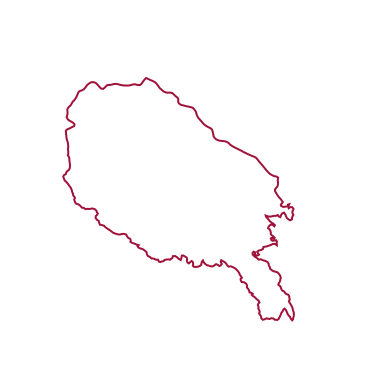 Francisco Dumont, Minas Gerais, Brazil (Equal Earth projection), rotated 118°
{"feature_id": "56859067B1416257735028", "entity_name": "Francisco Dumont", "entity_type": "district", "adm_level": 2, "iso_a3": "BRA", "parent_name": "Brazil", "parent_adm1": "Minas Gerais", "projection": "equal_earth", "projection_center": [-44.252, -17.434], "detail": "fine", "context": "isolated", "style": "outline", "palette": "rose", "viewbox_px": 384, "rotation_deg": 118, "n_neighbors": 0, "source": "geoboundaries", "source_scale": "gbopen_adm2", "svg_char_len": 6046}
<svg xmlns="http://www.w3.org/2000/svg" viewBox="0 0 384 384"><g transform="rotate(118 192 192)"><path d="M169.3,90.9L167.4,91.7L166.1,91.9L164.7,91.7L163.5,93.4L161.9,94.3L160.5,94.2L159.2,94.5L158.4,96.4L159.2,98.1L160.9,99.0L159.5,100.2L160.6,102.1L161.8,103.5L162.4,104.9L162.4,106.8L161.4,107.7L160.1,107.3L158.3,107.1L157.3,109.0L156.6,110.3L156.1,112.0L155.4,113.7L153.3,117.4L152.2,119.1L150.8,119.9L148.8,119.6L147.3,119.2L145.8,119.4L144.5,119.9L143.1,120.7L141.4,121.8L139.0,122.6L138.6,124.3L139.1,125.9L139.5,127.6L139.5,129.2L139.5,130.9L139.3,132.4L137.8,136.8L135.4,142.3L134.2,145.5L133.4,147.6L132.4,149.6L131.7,151.7L131.7,153.8L132.0,155.9L132.1,157.8L132.3,160.0L132.4,162.6L132.5,164.7L132.5,166.6L132.4,168.2L132.6,174.8L132.6,177.7L132.3,180.5L131.6,182.6L131.4,184.3L131.7,186.5L133.1,190.2L133.8,191.8L134.1,193.9L134.1,195.7L133.6,197.6L132.4,199.3L130.8,200.5L128.3,202.7L127.2,204.2L127.0,206.1L127.1,208.0L126.9,211.5L126.6,213.1L126.0,215.1L125.2,216.8L123.9,220.4L123.2,221.9L122.3,223.2L121.4,224.3L119.9,225.6L118.8,227.0L118.0,228.9L117.4,230.5L117.5,232.2L117.9,233.7L118.3,235.4L118.9,237.1L119.2,238.7L120.1,242.1L120.2,243.8L119.8,245.4L118.6,246.8L117.3,247.2L116.1,248.0L115.4,249.7L115.0,251.9L114.5,253.5L113.9,255.7L114.5,258.1L115.7,259.9L116.4,262.2L116.6,264.5L115.9,267.1L115.4,269.3L114.3,271.5L113.2,273.7L112.5,275.8L112.4,278.8L112.7,281.5L112.8,284.3L112.9,286.1L116.5,287.0L118.8,287.2L120.7,287.5L122.0,288.2L123.0,290.2L123.7,293.0L125.0,294.9L126.7,296.6L127.9,298.2L128.8,299.9L129.8,301.9L130.4,303.4L131.0,305.1L131.3,306.8L131.7,308.4L132.3,310.0L133.2,311.5L134.6,313.0L136.0,314.7L136.7,316.1L137.6,317.1L138.8,317.5L140.9,318.1L142.8,318.9L143.3,321.1L142.6,323.2L141.8,325.2L140.9,327.8L141.2,330.6L142.5,332.6L143.9,333.5L145.1,334.1L146.6,334.7L149.7,335.2L152.0,335.7L154.1,337.1L155.7,338.6L157.3,339.1L158.5,339.0L161.2,338.7L163.3,338.7L165.2,338.9L166.7,339.1L168.0,339.7L172.0,339.8L173.5,340.2L174.9,340.7L176.4,341.0L178.0,340.7L180.0,339.3L181.7,338.5L184.8,337.8L186.3,335.5L186.5,333.6L186.6,331.8L186.6,329.8L187.4,327.5L189.1,327.0L191.6,328.8L192.7,329.5L194.2,330.7L195.9,331.9L197.6,332.0L198.7,331.1L200.1,330.4L201.3,329.3L202.7,328.6L203.7,327.6L204.8,326.9L205.8,325.6L207.1,324.5L210.4,322.3L212.0,321.9L213.7,320.7L215.2,319.8L216.4,319.1L217.9,318.9L218.6,317.4L219.8,316.2L222.4,314.6L224.3,313.2L225.9,312.1L227.4,311.5L228.8,311.0L230.7,311.2L232.4,312.1L233.8,312.2L235.4,311.8L237.1,312.9L238.7,313.0L240.1,311.6L241.6,309.8L242.4,306.8L243.3,304.9L245.3,300.8L246.8,299.0L248.2,297.9L249.3,296.3L250.7,295.4L251.4,293.9L252.1,292.6L253.8,292.5L255.0,291.5L255.9,290.5L256.7,289.1L256.3,286.8L256.5,284.5L257.5,281.9L256.8,279.9L257.2,278.1L256.1,276.6L255.0,274.4L253.3,272.2L252.8,269.7L253.4,267.5L254.6,266.5L255.2,265.1L256.7,265.0L258.5,265.7L260.3,264.8L261.2,262.7L261.3,260.8L262.7,259.6L264.1,258.0L263.5,256.1L263.1,253.9L263.8,251.5L264.1,249.3L264.2,247.7L264.5,245.2L265.0,242.6L264.7,240.0L264.1,237.2L263.3,235.5L261.9,234.1L260.8,232.2L260.5,230.1L261.6,228.6L262.4,226.9L262.4,224.6L263.4,223.4L264.9,223.0L265.0,220.9L264.6,218.7L264.5,216.7L264.0,214.2L265.4,214.7L266.2,213.3L266.1,211.2L265.6,208.8L265.8,206.6L266.4,203.9L268.1,202.7L269.2,201.0L269.1,198.4L269.7,196.6L268.8,194.7L268.7,192.1L267.7,190.2L269.0,188.6L268.7,187.0L267.6,186.2L266.6,184.8L264.8,184.3L263.6,182.8L262.6,181.3L262.0,179.4L260.9,179.2L259.5,178.4L257.6,178.7L256.5,177.0L256.6,174.7L257.3,172.2L257.4,170.1L255.5,170.3L253.0,171.1L252.2,170.0L252.2,168.3L252.4,165.9L253.7,164.7L255.1,164.3L256.3,163.0L256.5,161.2L254.4,160.6L253.1,159.9L253.6,158.2L255.1,157.1L256.6,156.7L257.2,155.3L256.2,153.2L255.1,151.6L253.8,150.5L252.1,149.7L250.3,150.2L248.8,150.6L247.3,150.2L248.6,148.6L249.4,146.2L249.6,144.3L249.1,142.5L248.8,140.4L248.0,138.9L246.4,137.8L244.4,136.9L244.2,135.0L244.5,133.1L243.4,132.2L241.6,131.9L240.2,133.9L238.5,134.2L238.5,132.3L238.6,130.3L239.1,128.3L240.3,126.4L240.7,124.6L239.4,122.9L239.1,120.0L239.3,117.4L240.1,114.9L241.2,112.5L242.4,111.2L244.3,107.7L246.0,108.3L247.3,107.3L248.2,105.8L247.3,104.0L247.5,101.1L248.7,99.5L250.5,98.7L251.2,96.8L252.2,95.3L253.7,94.0L253.1,92.2L253.5,90.5L254.8,90.9L255.3,89.2L255.3,87.5L256.1,85.2L256.7,82.2L257.8,80.6L259.3,81.0L260.9,80.8L262.2,79.3L263.7,78.8L264.7,77.3L266.1,75.9L267.8,75.7L268.8,73.5L269.9,72.3L271.0,71.5L271.6,69.5L270.3,68.1L268.6,66.9L267.8,64.0L266.3,62.8L265.5,60.9L265.9,58.8L264.8,56.5L263.4,55.9L261.6,55.9L258.4,56.1L256.8,56.3L255.6,56.1L254.1,56.0L252.7,56.1L251.5,55.5L252.2,53.5L253.3,52.1L254.7,50.4L255.6,48.9L256.2,46.8L257.4,45.5L258.3,43.3L256.9,43.0L255.5,43.6L254.0,43.8L252.7,44.4L251.3,45.1L250.2,46.0L249.1,47.3L247.9,48.2L246.9,49.1L245.9,50.5L244.7,52.4L243.8,54.1L242.9,55.2L241.2,55.1L239.7,56.4L238.5,57.1L237.6,58.7L237.8,61.5L236.6,63.8L236.6,66.3L235.4,68.0L233.9,69.5L233.3,72.3L232.0,72.6L230.7,72.4L229.1,72.5L227.8,73.0L226.3,73.2L224.7,74.6L223.7,76.3L222.8,78.7L223.3,81.2L223.7,83.3L223.5,85.2L223.0,87.2L221.7,88.0L220.8,89.7L219.4,90.7L218.4,92.3L218.4,94.7L218.9,97.2L219.1,99.8L220.4,101.2L219.8,103.8L219.5,106.6L218.8,108.9L217.6,109.9L215.8,109.6L215.6,107.8L217.3,107.4L218.0,105.6L217.1,104.1L215.9,103.4L215.1,105.1L213.9,106.3L212.3,105.6L210.9,103.8L208.9,102.6L206.9,103.1L205.5,101.1L204.1,99.6L202.9,98.6L201.8,97.5L200.0,96.3L198.9,94.6L199.2,92.1L197.6,93.1L195.7,93.9L195.1,95.2L196.1,96.4L197.1,97.6L197.3,99.2L196.0,100.6L195.0,99.8L194.9,97.8L193.7,97.5L193.0,99.5L192.8,101.2L192.1,102.8L190.7,103.4L189.5,104.6L188.5,105.9L188.2,107.9L187.0,108.1L185.1,107.8L183.6,106.9L183.2,105.3L183.6,103.2L182.4,103.2L181.8,105.3L181.7,107.1L181.5,108.6L181.0,110.1L180.1,112.2L179.3,114.6L178.2,115.8L177.8,113.1L176.9,111.2L174.6,108.4L173.7,106.7L172.1,105.5L172.9,103.8L172.7,102.2L171.4,102.5L170.0,102.5L168.5,102.3L167.0,101.1L168.1,98.9L169.4,97.5L170.5,95.8L170.9,93.8L170.9,92.1L169.3,90.9ZM159.5,100.2L157.1,100.4L158.1,101.4L159.5,100.2Z" fill="none" stroke="#9f1239" stroke-width="2"/></g></svg>